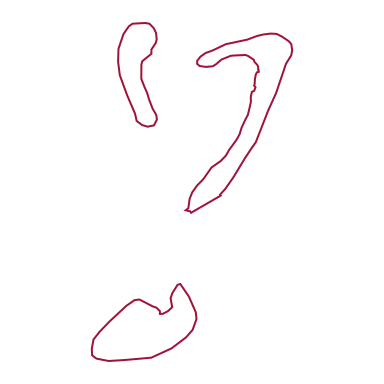 outline of Mwokilloa, Federated States of Micronesia
{"feature_id": "79324940B30982255534478", "entity_name": "Mwokilloa", "entity_type": "district", "adm_level": 2, "iso_a3": "FSM", "parent_name": "Federated States of Micronesia", "parent_adm1": "", "projection": "mercator", "projection_center": [159.759, 6.679], "detail": "fine", "context": "isolated", "style": "outline", "palette": "rose", "viewbox_px": 384, "rotation_deg": 0, "n_neighbors": 0, "source": "geoboundaries", "source_scale": "gbopen_adm2", "svg_char_len": 1676}
<svg xmlns="http://www.w3.org/2000/svg" viewBox="0 0 384 384"><path d="M291.2,55.4L292.2,50.3L291.3,44.2L289.0,41.4L282.0,36.6L276.6,33.9L270.6,33.6L263.3,34.5L257.3,35.9L247.4,39.6L236.7,41.9L225.8,44.2L216.5,48.6L213.9,49.9L209.4,51.7L205.8,52.9L200.5,56.6L197.2,60.8L197.2,63.9L199.6,66.0L205.8,66.9L212.8,66.3L216.2,64.1L221.4,59.6L230.7,55.8L234.0,55.5L245.4,55.0L248.0,55.9L253.8,59.8L254.3,61.6L257.3,65.0L258.2,66.7L258.1,69.6L258.7,70.1L258.7,71.9L257.1,72.2L255.8,74.4L254.9,79.4L254.6,84.4L254.1,85.5L255.5,87.2L254.2,90.8L251.9,91.9L250.8,96.5L250.9,101.8L249.9,106.4L247.9,114.8L245.1,120.1L241.5,127.9L239.6,134.2L236.9,139.2L228.9,150.3L225.9,155.6L220.7,161.0L211.5,167.5L203.3,179.2L197.2,185.4L192.3,192.2L189.7,198.6L188.3,208.3L185.7,210.3L190.1,211.3L191.0,212.8L220.7,195.6L220.1,194.6L225.2,189.0L233.2,177.6L244.9,158.3L250.9,149.2L255.8,142.2L268.2,110.5L270.2,106.1L276.2,92.8L285.9,64.0L291.2,55.4ZM196.5,319.0L195.8,312.3L188.9,296.6L180.3,284.0L177.6,284.8L172.3,293.2L170.6,298.2L172.2,307.2L167.9,311.2L162.6,313.9L159.9,313.9L159.9,311.2L156.5,307.7L152.7,306.4L139.4,299.5L134.4,300.2L126.4,305.8L109.5,321.5L99.5,331.9L93.5,339.5L91.8,348.6L92.1,355.3L96.4,358.6L108.7,361.0L124.7,360.0L151.2,357.7L171.5,348.4L186.1,337.3L192.6,329.9L196.5,319.0ZM153.9,125.4L156.9,119.7L156.3,115.0L152.6,108.6L149.0,99.3L147.1,92.8L144.4,86.8L141.3,78.8L141.4,64.5L142.4,61.1L151.4,53.8L151.4,49.5L155.7,43.1L156.7,39.4L156.0,32.8L153.7,28.1L149.4,23.7L145.1,23.0L132.5,23.7L128.8,26.4L123.5,34.0L118.5,48.7L118.1,61.8L119.8,75.2L127.4,95.9L135.0,113.6L136.7,121.0L142.0,125.0L147.6,126.7L153.9,125.4Z" fill="none" stroke="#9f1239" stroke-width="2"/></svg>